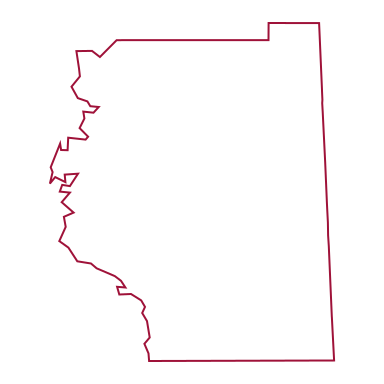 Washington, Alabama, United States of America, rotated 180°
{"feature_id": "52423323B12485828442436", "entity_name": "Washington", "entity_type": "district", "adm_level": 2, "iso_a3": "USA", "parent_name": "United States of America", "parent_adm1": "Alabama", "projection": "albers", "projection_center": [-88.098, 31.407], "detail": "fine", "context": "isolated", "style": "outline", "palette": "rose", "viewbox_px": 384, "rotation_deg": 180, "n_neighbors": 0, "source": "geoboundaries", "source_scale": "gbopen_adm2", "svg_char_len": 1034}
<svg xmlns="http://www.w3.org/2000/svg" viewBox="0 0 384 384"><g transform="rotate(180 192 192)"><path d="M56.8,175.0L57.2,183.4L57.2,183.7L58.8,221.2L61.3,272.2L61.8,280.9L61.6,284.2L62.0,293.3L62.0,294.0L64.9,360.9L115.4,361.0L115.5,343.9L253.6,343.9L267.4,343.8L284.1,327.0L292.0,333.1L307.6,332.9L305.0,315.6L304.1,307.6L312.5,297.3L306.2,285.9L296.6,282.6L293.7,277.8L285.3,277.0L290.5,271.3L300.7,272.4L299.6,265.5L304.4,255.9L295.9,247.3L298.4,244.4L315.8,246.3L316.4,233.8L322.9,234.0L323.9,240.4L333.3,216.7L331.4,211.9L334.1,200.4L328.8,206.9L318.6,201.9L319.3,209.4L306.0,210.3L314.1,197.9L321.8,199.1L324.2,192.4L314.1,191.4L322.3,181.8L310.4,171.4L320.1,167.2L318.3,157.1L324.7,142.9L315.6,136.4L306.7,122.7L293.0,120.5L287.4,115.7L269.2,107.9L263.0,103.2L258.6,96.5L266.9,97.2L264.7,89.5L253.0,90.0L242.8,83.6L239.0,77.1L241.8,71.0L237.0,62.9L234.3,46.5L239.6,40.2L235.5,30.6L234.9,23.0L49.9,23.5L52.1,66.3L52.2,67.6L55.2,137.8L55.9,148.6L56.1,161.4L56.8,175.0Z" fill="none" stroke="#9f1239" stroke-width="2"/></g></svg>